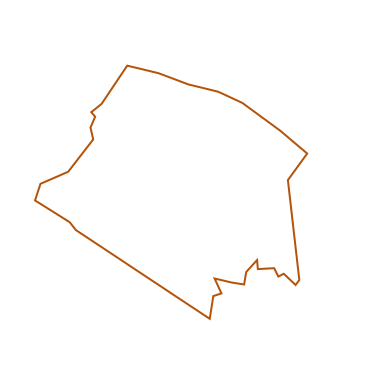 outline of Hart, Kentucky, United States of America, rotated 209°
{"feature_id": "52423323B62554874714957", "entity_name": "Hart", "entity_type": "district", "adm_level": 2, "iso_a3": "USA", "parent_name": "United States of America", "parent_adm1": "Kentucky", "projection": "orthographic", "projection_center": [-85.917, 37.299], "detail": "fine", "context": "isolated", "style": "outline", "palette": "amber", "viewbox_px": 384, "rotation_deg": 209, "n_neighbors": 0, "source": "geoboundaries", "source_scale": "gbopen_adm2", "svg_char_len": 577}
<svg xmlns="http://www.w3.org/2000/svg" viewBox="0 0 384 384"><g transform="rotate(209 192 192)"><path d="M109.9,281.5L144.7,288.4L191.1,294.3L217.7,292.4L247.4,284.3L278.7,279.7L309.9,271.1L313.8,225.2L318.8,213.0L313.2,210.9L312.0,199.1L303.9,190.1L310.1,149.7L328.5,125.7L325.2,108.5L284.3,106.3L275.1,102.4L198.3,96.3L139.4,91.6L115.0,89.7L122.9,111.3L117.1,117.6L130.3,127.3L113.0,132.2L101.6,136.4L105.8,148.3L102.1,164.0L97.0,156.5L83.2,165.2L75.5,159.9L72.1,165.0L56.3,160.9L55.5,167.1L113.9,248.9L109.9,281.5Z" fill="none" stroke="#b45309" stroke-width="2"/></g></svg>